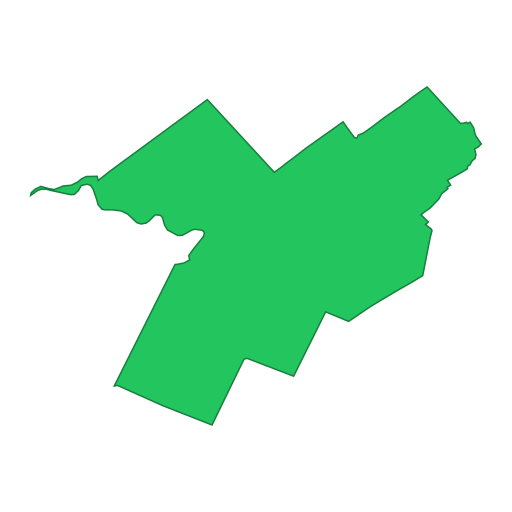 Izvoarele, Teleorman, Romania
{"feature_id": "2599482B23491153947768", "entity_name": "Izvoarele", "entity_type": "district", "adm_level": 2, "iso_a3": "ROU", "parent_name": "Romania", "parent_adm1": "Teleorman", "projection": "robinson", "projection_center": [25.353, 43.81], "detail": "fine", "context": "isolated", "style": "filled", "palette": "green", "viewbox_px": 512, "rotation_deg": 0, "n_neighbors": 0, "source": "geoboundaries", "source_scale": "gbopen_adm2", "svg_char_len": 1849}
<svg xmlns="http://www.w3.org/2000/svg" viewBox="0 0 512 512"><path d="M212.0,425.0L212.5,424.0L243.9,359.4L245.0,358.8L247.2,358.4L293.6,376.2L325.3,312.6L325.7,311.9L348.6,321.4L370.1,306.8L380.8,300.3L399.5,289.2L407.9,284.5L422.7,275.7L430.2,237.5L432.0,230.7L431.4,229.2L425.5,224.4L428.4,222.0L421.0,214.8L424.0,212.3L429.9,208.3L439.0,198.8L441.5,193.9L447.9,188.7L447.1,187.3L450.7,185.1L447.4,180.3L462.7,171.7L467.2,168.9L467.7,166.2L470.2,164.6L471.4,161.9L473.3,159.8L475.0,158.6L476.0,154.7L474.6,149.0L478.4,146.8L481.3,144.0L475.8,135.9L474.9,133.4L474.8,132.9L473.7,127.9L470.1,122.1L467.7,123.6L466.7,122.3L464.2,123.0L460.5,123.5L427.3,87.2L427.1,87.0L420.0,91.8L413.2,96.7L409.3,99.7L406.7,101.7L399.9,106.9L396.1,109.4L385.0,117.0L372.2,126.8L365.6,131.5L362.6,133.4L360.8,134.1L358.6,134.9L358.1,135.3L357.8,136.2L357.6,137.0L357.1,137.7L356.1,137.9L355.5,137.8L355.0,137.8L354.4,137.5L352.6,135.1L347.1,127.6L343.3,122.1L343.1,121.8L318.6,139.2L306.1,148.1L291.3,159.5L284.4,164.6L282.8,166.1L274.3,172.3L207.3,99.6L109.2,171.7L98.2,180.5L97.8,179.1L97.2,176.3L86.3,176.5L81.5,178.8L77.9,181.9L71.3,185.2L63.0,186.0L59.6,187.5L54.4,189.5L49.1,188.7L40.9,186.4L35.1,189.2L31.3,192.6L30.7,195.4L37.7,190.4L41.9,189.1L46.5,189.2L50.2,190.3L70.2,194.6L74.2,194.5L78.4,190.6L81.3,185.5L87.2,184.2L90.5,185.4L92.9,188.6L96.0,197.5L96.8,199.8L98.1,204.7L102.0,209.3L104.6,209.8L113.1,209.9L121.4,211.0L127.7,214.1L136.9,222.7L141.1,224.0L146.1,223.1L149.1,220.9L155.2,214.9L160.2,215.2L162.4,217.3L164.5,224.9L167.4,229.9L177.7,235.5L182.4,235.3L192.4,229.8L195.4,229.3L202.3,230.3L204.4,232.5L203.7,236.2L193.7,248.7L188.7,255.6L189.7,259.9L183.9,263.0L178.5,264.1L175.0,264.5L114.2,386.1L114.4,386.1L115.0,385.9L116.5,385.5L117.6,385.5L158.6,403.8L162.8,405.7L212.0,425.0Z" fill="#22c55e" stroke="#15803d" stroke-width="1.5"/></svg>